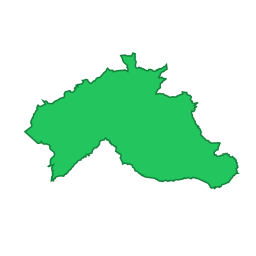 San Agustín Metzquititlán, Hidalgo, Mexico, rotated 81°
{"feature_id": "50627088B54107470170219", "entity_name": "San Agustín Metzquititlán", "entity_type": "district", "adm_level": 2, "iso_a3": "MEX", "parent_name": "Mexico", "parent_adm1": "Hidalgo", "projection": "equal_earth", "projection_center": [-98.601, 20.521], "detail": "fine", "context": "isolated", "style": "filled", "palette": "green", "viewbox_px": 256, "rotation_deg": 81, "n_neighbors": 0, "source": "geoboundaries", "source_scale": "gbopen_adm2", "svg_char_len": 5784}
<svg xmlns="http://www.w3.org/2000/svg" viewBox="0 0 256 256"><g transform="rotate(81 128 128)"><path d="M167.8,212.5L168.3,212.2L168.1,210.4L168.4,209.8L166.4,209.6L166.7,208.4L166.3,207.7L165.5,207.4L165.0,206.4L164.5,202.6L164.9,202.0L164.9,200.6L165.5,199.3L165.4,198.9L163.8,197.6L163.7,197.2L163.9,196.3L162.9,195.4L162.8,194.7L161.3,193.4L159.3,190.3L158.3,189.7L157.1,187.8L155.7,186.8L154.0,183.8L152.6,182.7L152.2,181.4L152.2,179.5L151.1,179.0L150.7,178.3L150.4,176.7L149.1,175.9L149.8,175.1L150.0,174.3L149.5,173.8L148.5,174.0L147.6,173.3L147.7,172.1L149.1,171.3L149.1,170.6L148.1,170.9L147.6,170.6L147.3,170.1L147.1,167.7L144.2,166.4L143.2,164.9L142.3,164.3L142.6,162.4L140.9,159.9L139.3,158.6L137.5,158.3L136.8,157.8L136.1,156.6L136.0,153.2L134.4,151.9L135.1,150.8L136.3,150.9L137.4,148.4L138.7,148.6L139.0,148.4L138.9,147.9L139.5,147.6L140.3,147.9L140.7,147.5L140.8,146.8L141.8,146.8L142.3,145.4L143.3,144.9L143.8,143.8L144.8,143.4L145.0,142.6L148.4,143.3L149.1,143.8L149.5,143.0L150.4,142.6L150.6,141.8L151.2,141.7L151.7,140.8L152.2,140.8L152.4,140.0L153.1,139.2L154.4,139.2L156.2,140.3L156.7,140.3L157.0,139.8L158.4,139.8L161.2,138.8L162.7,138.9L162.1,136.9L162.5,136.3L162.8,134.7L163.8,134.2L163.9,131.6L164.8,130.5L164.9,130.0L167.5,129.4L168.3,128.4L170.2,127.7L171.3,127.8L172.4,125.4L174.1,124.5L175.1,122.9L175.6,123.0L175.8,122.3L176.8,122.0L176.6,120.9L177.7,120.7L178.1,119.8L179.1,118.5L181.8,109.5L183.1,108.2L183.3,107.2L184.1,106.8L184.4,106.1L185.2,105.6L185.6,103.6L186.1,102.8L185.7,102.4L186.3,101.6L185.6,100.1L185.5,99.0L185.8,98.1L186.6,97.7L186.8,96.6L186.4,96.0L186.8,95.3L186.5,93.9L186.9,92.1L187.3,91.9L187.6,91.2L186.6,89.5L186.6,88.3L187.1,86.5L187.1,85.3L186.8,84.1L187.1,83.4L186.8,81.3L186.0,80.2L186.7,79.6L186.9,79.0L186.5,77.1L186.5,75.6L187.9,74.0L187.9,73.5L186.9,71.6L187.4,71.0L187.4,69.6L187.6,69.2L188.4,68.9L188.7,67.1L195.0,57.7L197.6,56.2L199.6,55.8L200.4,54.8L200.4,52.2L201.3,51.9L200.8,51.0L199.9,51.6L200.2,48.1L200.8,47.1L200.1,46.8L200.5,45.5L198.7,44.1L198.3,41.0L197.5,38.5L197.5,37.2L196.3,36.3L196.1,35.8L194.8,34.5L193.8,34.2L193.5,32.9L191.8,31.8L191.4,30.1L190.7,29.8L189.8,28.4L189.9,26.6L189.3,27.2L188.2,27.0L185.8,27.6L185.5,27.6L185.2,26.8L184.6,26.7L183.8,25.6L183.1,25.9L182.5,25.6L181.2,26.3L179.4,25.7L178.8,26.5L178.0,26.6L176.7,26.1L176.5,26.8L175.6,27.5L175.2,27.2L174.4,27.6L173.9,28.5L172.6,29.3L172.9,29.6L172.8,31.4L171.1,32.6L170.2,32.4L169.8,33.9L168.7,34.1L168.8,34.9L168.4,35.8L168.8,36.7L168.6,38.2L169.4,38.2L169.6,38.7L169.7,41.0L170.2,42.2L169.9,44.3L169.3,45.0L168.4,45.2L168.1,46.1L168.3,46.7L168.1,46.9L165.6,46.7L164.6,45.7L163.5,43.9L163.7,43.1L163.4,42.5L161.8,42.1L158.4,40.2L157.7,39.5L157.3,39.6L156.9,40.2L156.0,48.0L155.1,48.9L155.0,49.7L153.7,50.1L153.2,50.6L152.0,53.2L150.5,53.8L149.2,55.3L148.2,55.4L147.7,56.1L146.8,56.4L146.4,57.1L145.6,57.4L143.6,56.2L142.3,57.0L141.4,56.6L140.9,57.0L139.5,57.4L138.6,58.8L138.0,59.0L137.6,58.1L135.8,59.8L133.3,61.0L132.4,60.6L130.1,61.6L129.3,61.6L127.4,62.6L124.9,62.4L123.8,63.1L121.3,62.3L122.0,60.4L119.8,58.7L119.2,59.4L117.9,59.0L118.1,57.8L117.5,57.1L116.0,58.9L113.8,54.8L114.1,58.7L113.8,59.9L113.3,60.5L112.4,60.8L111.7,60.3L111.2,61.2L109.4,61.9L107.5,60.6L106.9,60.7L105.7,61.6L104.3,64.4L102.5,64.3L101.9,64.9L101.5,67.6L100.8,68.4L100.8,68.7L102.0,68.9L102.8,68.6L103.1,69.3L103.4,71.8L104.0,73.0L103.8,73.7L104.9,75.9L104.2,79.1L104.1,80.1L104.4,81.3L104.0,82.5L102.8,83.6L102.6,84.5L102.0,84.8L101.5,86.2L99.8,87.9L99.6,89.7L98.9,91.0L98.9,95.0L97.2,94.5L95.9,93.2L94.6,92.7L94.1,91.1L93.2,89.7L91.2,89.7L89.2,89.0L88.6,88.2L88.3,87.0L87.2,86.3L85.8,83.0L85.3,82.8L84.6,85.6L84.0,85.7L83.1,86.9L83.6,89.0L83.4,89.5L82.9,89.9L81.1,88.1L79.6,87.6L78.1,85.8L77.9,85.3L77.8,83.8L76.4,81.8L76.3,80.8L75.8,80.2L71.4,80.1L73.0,81.9L73.2,83.0L74.6,85.5L74.3,87.9L74.6,88.0L75.3,89.4L75.0,89.8L75.6,90.0L75.3,90.9L75.9,91.2L76.2,92.6L75.6,94.3L74.3,95.4L74.3,95.9L73.8,96.3L73.6,96.9L73.5,98.4L74.6,99.2L74.3,100.7L73.5,101.6L73.4,102.4L72.7,102.7L71.9,103.8L72.0,104.7L70.8,105.4L70.9,106.2L69.7,107.5L70.5,108.8L70.2,110.2L69.6,110.7L68.1,111.0L66.8,110.8L64.0,109.6L61.2,110.5L59.2,109.8L56.9,109.7L56.0,109.2L54.7,111.4L57.5,113.3L56.9,115.5L56.9,117.2L55.4,119.8L55.6,120.8L55.2,123.2L55.4,123.9L58.2,122.7L61.0,122.4L62.5,121.8L66.1,118.9L66.8,118.9L68.1,119.6L69.1,118.8L69.7,118.8L72.2,119.4L70.1,122.0L70.4,123.1L70.0,126.0L69.8,130.0L70.2,133.6L69.2,133.6L68.7,134.0L68.2,137.0L65.8,138.9L67.1,140.1L68.5,140.9L69.4,142.8L73.1,147.1L73.6,148.1L73.7,150.4L74.1,151.3L76.4,153.4L76.2,154.7L78.0,157.0L78.0,158.0L77.3,159.0L75.1,160.3L74.3,160.3L73.5,161.7L73.8,163.8L74.3,164.5L74.0,165.6L75.6,164.9L77.0,166.4L77.4,168.8L77.2,170.9L79.0,171.0L78.2,171.8L77.6,171.9L77.6,172.5L79.3,172.4L79.5,173.3L80.0,173.6L80.0,174.2L80.4,174.6L80.7,174.6L80.9,173.6L81.2,173.6L83.6,175.8L84.0,177.0L83.7,178.9L82.2,179.3L82.1,180.9L82.6,184.2L83.6,185.2L84.9,185.8L86.3,185.5L87.5,186.4L88.0,188.1L88.1,190.2L89.3,192.7L90.3,196.3L91.3,197.8L92.1,198.1L91.8,201.0L90.9,203.4L89.3,203.9L88.7,204.8L88.7,206.5L88.0,207.5L91.5,205.8L93.0,210.8L93.0,211.4L92.4,212.7L91.4,213.3L91.8,213.8L94.0,214.9L94.4,214.9L95.3,214.4L96.8,216.4L98.9,217.6L99.7,219.1L100.8,219.2L102.6,220.3L103.0,220.1L103.0,220.7L106.3,222.9L107.8,223.1L108.2,222.7L108.7,223.0L110.4,222.4L111.5,223.0L115.5,230.4L129.1,219.4L129.0,216.2L128.0,215.8L130.3,214.2L130.8,213.5L131.0,210.9L132.8,208.1L135.8,208.3L137.0,207.9L140.3,204.9L142.0,204.6L144.1,205.4L146.3,208.9L148.9,210.0L150.7,210.0L152.5,210.7L153.4,212.7L153.7,212.4L152.6,207.5L155.6,209.7L158.3,209.6L158.6,208.5L159.5,209.4L161.7,209.8L162.0,209.2L163.5,210.0L163.8,210.7L167.2,211.7L167.7,211.6L167.8,211.2L168.1,212.2L167.8,212.5Z" fill="#22c55e" stroke="#15803d" stroke-width="1.5"/></g></svg>